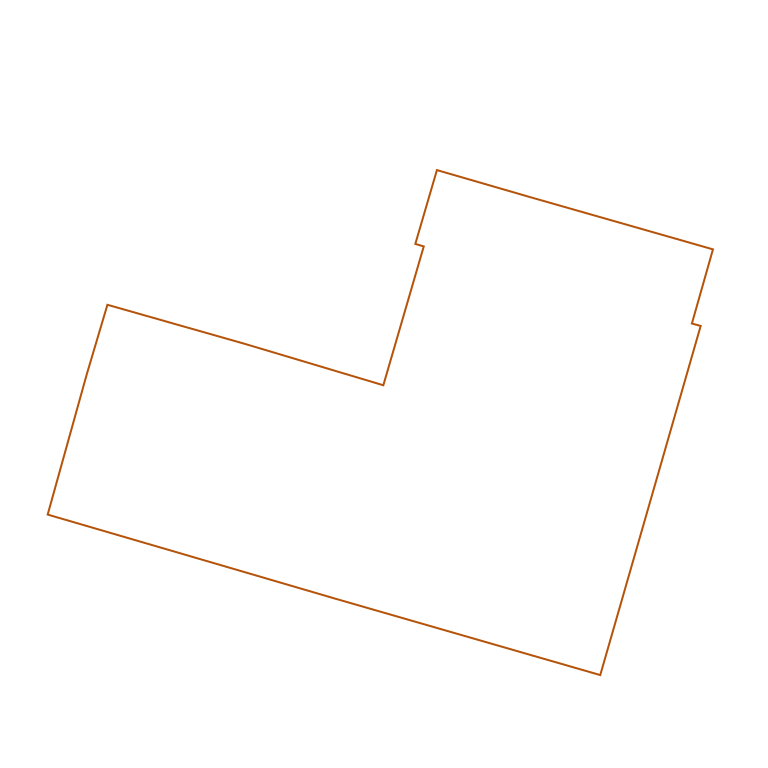 Finney, Kansas, United States of America (Mercator projection), rotated 196°
{"feature_id": "52423323B35440057604027", "entity_name": "Finney", "entity_type": "district", "adm_level": 2, "iso_a3": "USA", "parent_name": "United States of America", "parent_adm1": "Kansas", "projection": "mercator", "projection_center": [-100.646, 38.0], "detail": "fine", "context": "isolated", "style": "outline", "palette": "amber", "viewbox_px": 768, "rotation_deg": 196, "n_neighbors": 0, "source": "geoboundaries", "source_scale": "gbopen_adm2", "svg_char_len": 368}
<svg xmlns="http://www.w3.org/2000/svg" viewBox="0 0 768 768"><g transform="rotate(196 384 384)"><path d="M392.1,604.2L392.5,527.3L383.7,527.2L384.3,382.6L527.9,384.2L671.7,383.9L672.4,311.2L671.3,165.8L660.0,165.7L515.6,165.0L370.8,164.2L95.9,163.8L95.6,527.1L104.7,527.0L104.9,604.1L296.5,603.9L392.1,604.2Z" fill="none" stroke="#b45309" stroke-width="2"/></g></svg>